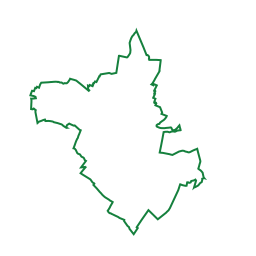 Bradu, Arges, Romania, rotated 321°
{"feature_id": "2599482B70159888613822", "entity_name": "Bradu", "entity_type": "district", "adm_level": 2, "iso_a3": "ROU", "parent_name": "Romania", "parent_adm1": "Arges", "projection": "natural_earth1", "projection_center": [24.915, 44.792], "detail": "fine", "context": "isolated", "style": "outline", "palette": "green", "viewbox_px": 256, "rotation_deg": 321, "n_neighbors": 0, "source": "geoboundaries", "source_scale": "gbopen_adm2", "svg_char_len": 5642}
<svg xmlns="http://www.w3.org/2000/svg" viewBox="0 0 256 256"><g transform="rotate(321 128 128)"><path d="M155.7,214.9L155.7,214.0L157.9,209.6L157.8,207.1L157.6,206.2L157.3,205.2L157.0,204.0L157.0,203.9L159.5,202.2L161.1,201.0L162.5,200.1L163.3,199.4L163.5,199.0L163.7,198.7L167.0,191.3L168.7,187.7L167.2,187.3L166.5,187.0L166.4,187.0L166.0,186.9L165.3,186.7L165.1,186.6L163.3,186.2L161.3,185.8L160.2,185.4L159.5,184.8L159.0,183.9L158.1,182.8L157.5,181.9L157.4,181.6L157.1,181.0L156.4,180.2L156.0,179.9L155.5,179.6L152.8,178.4L145.6,176.9L144.7,175.8L143.8,174.5L139.7,169.6L138.7,168.5L138.5,168.4L138.0,167.9L137.2,167.0L142.9,162.3L148.6,157.5L150.2,156.1L152.0,154.6L153.1,153.6L154.6,154.4L155.4,155.1L155.8,155.3L156.3,155.7L156.8,156.4L157.2,157.0L157.7,157.6L158.8,157.9L159.6,158.2L160.3,158.6L161.0,159.2L161.3,159.5L161.6,159.7L161.8,159.9L161.9,160.2L162.2,160.4L162.6,160.6L164.5,161.0L164.9,161.2L165.4,161.4L165.8,161.8L166.6,162.2L167.2,162.7L167.5,162.8L167.8,162.3L168.3,161.2L168.7,160.1L169.2,159.2L169.6,158.3L167.9,158.6L167.3,158.8L166.0,159.0L163.8,159.1L163.0,158.9L161.3,158.0L161.5,156.2L161.7,155.5L161.8,155.1L161.7,154.6L161.5,154.4L159.8,153.4L159.1,152.9L157.6,151.9L156.9,151.5L156.3,151.1L156.0,150.9L154.1,149.3L153.6,148.8L152.9,148.0L152.4,147.2L151.4,145.3L151.3,144.9L151.4,144.5L151.7,144.1L152.1,143.8L152.7,143.8L152.9,143.8L153.7,143.9L154.0,144.0L154.6,144.4L154.9,144.5L155.2,144.5L156.0,144.1L156.3,144.0L156.5,144.0L158.3,144.1L158.8,144.1L160.7,144.3L162.0,144.2L163.1,144.0L164.3,143.7L165.3,143.3L165.7,143.0L164.3,140.6L162.9,138.1L164.3,137.4L166.0,132.0L163.6,127.6L165.2,126.8L164.6,125.7L165.5,125.6L165.3,124.9L164.8,124.3L167.7,122.5L167.1,121.4L167.1,121.2L166.6,120.4L166.9,120.2L169.7,118.9L169.6,118.6L170.7,118.1L170.4,117.5L172.1,116.7L171.8,116.1L172.3,115.9L172.0,115.4L175.7,113.7L176.1,113.5L177.2,113.0L176.5,111.6L176.1,110.9L175.7,110.2L174.6,110.8L174.1,109.7L173.7,108.9L174.7,108.8L175.2,108.7L176.1,108.4L179.2,107.2L179.5,107.0L181.6,106.2L187.7,103.9L188.2,103.7L188.5,103.5L188.5,103.4L188.3,103.4L195.9,96.1L196.1,95.8L192.9,92.9L186.8,87.9L187.5,88.1L187.9,87.6L187.8,87.4L188.0,87.2L188.8,86.5L189.1,86.0L189.3,85.5L189.3,84.8L189.3,84.3L189.2,84.1L189.1,83.6L188.7,83.4L188.3,83.0L190.8,75.0L195.8,57.7L195.0,58.3L192.5,58.6L191.2,59.1L189.0,59.4L187.1,60.2L184.9,61.5L182.8,62.9L179.0,69.0L177.0,71.0L175.7,71.6L172.3,72.6L171.6,72.5L166.6,66.3L166.4,66.2L165.4,67.1L153.6,77.8L149.3,75.6L148.0,73.4L140.5,69.1L138.5,70.0L138.3,69.7L132.4,72.4L131.7,71.1L129.9,71.8L129.5,71.3L127.5,72.2L127.8,72.7L126.8,73.2L125.7,71.2L125.4,70.6L125.1,70.8L124.7,70.7L124.3,71.0L123.6,69.8L122.4,71.5L121.6,72.6L121.4,73.0L121.6,74.3L120.9,74.4L120.0,69.8L119.1,65.3L118.4,62.0L118.3,61.8L118.0,60.2L117.6,58.5L116.2,56.4L115.4,55.3L114.1,53.5L114.0,53.3L112.9,53.8L110.9,54.4L110.3,54.6L108.7,54.7L108.4,54.6L107.9,54.2L107.3,53.6L106.9,53.2L106.5,53.1L105.9,53.0L105.7,52.9L105.5,52.6L105.3,52.0L105.2,51.5L105.0,50.9L103.6,49.7L103.2,48.6L102.4,48.1L102.4,47.9L100.9,46.5L99.4,45.4L98.2,44.6L96.8,43.6L95.1,42.5L89.1,38.2L87.3,38.8L86.8,39.1L84.2,40.7L83.2,38.7L81.8,39.3L81.2,38.4L78.1,40.2L76.9,38.7L75.7,39.4L75.4,39.5L74.4,40.2L74.2,40.2L72.7,41.2L73.5,42.2L74.4,43.3L74.9,44.0L75.3,44.7L75.7,45.6L75.1,46.9L74.0,46.2L73.5,45.9L71.3,44.4L71.2,44.3L71.1,44.5L70.2,46.0L69.4,46.9L69.0,47.4L68.6,47.8L67.1,49.5L64.6,52.3L65.1,52.9L65.7,53.5L66.1,53.5L66.5,53.4L66.8,53.4L67.0,53.5L67.1,54.0L67.0,54.3L67.3,54.9L67.3,55.1L67.2,55.5L67.5,56.1L66.9,56.5L66.2,57.2L66.0,57.5L60.8,67.2L61.2,67.2L61.3,67.1L61.5,67.1L61.9,67.1L62.1,67.0L62.4,67.0L62.7,67.0L62.9,67.1L63.1,67.1L63.7,67.4L64.6,67.7L65.1,67.9L65.8,68.1L66.5,68.3L67.2,68.5L67.9,68.8L68.2,68.9L68.8,69.2L68.5,70.1L68.2,70.5L68.4,70.8L70.6,72.4L72.0,73.8L73.4,75.4L73.8,76.1L74.0,76.6L74.0,76.8L76.4,79.9L77.8,82.1L78.6,83.3L78.9,84.1L79.0,85.0L79.1,85.7L80.1,88.7L80.2,89.1L80.5,89.3L80.3,88.8L82.1,87.5L82.4,87.4L82.9,87.4L83.9,87.5L85.1,87.6L85.5,88.5L87.2,91.9L87.8,92.4L88.2,92.5L88.5,94.2L88.6,95.1L88.8,96.3L89.2,98.9L89.8,100.0L86.3,102.0L84.5,102.9L82.8,104.1L82.3,104.3L81.5,104.5L81.0,104.8L80.1,105.2L79.0,105.8L77.2,106.9L76.1,107.6L75.1,108.2L74.1,108.8L72.9,109.5L73.3,110.0L73.5,110.4L73.6,110.7L73.6,111.6L73.6,112.3L72.8,115.5L72.9,116.0L72.9,116.3L73.5,117.4L74.0,118.2L74.0,118.7L73.8,120.9L74.1,121.7L74.6,122.6L74.8,123.3L74.7,124.0L74.2,125.8L74.3,126.2L74.6,127.1L66.8,129.1L68.5,130.2L68.4,130.2L69.3,130.8L69.7,131.2L70.1,131.8L66.3,132.5L62.7,133.3L63.4,135.6L65.4,141.3L66.4,144.2L66.4,144.9L66.2,147.5L66.5,149.1L66.8,149.4L66.8,150.1L65.3,150.5L65.7,155.3L65.8,159.8L66.0,161.8L66.0,163.7L66.1,164.4L66.3,165.9L66.6,167.4L68.1,171.7L68.3,172.7L68.3,172.9L68.5,173.3L69.5,175.9L69.0,176.2L65.3,177.6L64.9,177.8L63.9,178.3L62.0,179.0L60.1,179.6L60.1,179.9L60.1,180.3L59.9,180.9L59.9,181.2L60.0,182.0L60.2,182.7L60.6,183.1L60.9,183.4L61.0,184.0L64.5,191.3L64.7,192.4L67.3,197.1L66.4,197.9L66.0,203.8L66.4,205.6L65.7,207.4L65.6,214.1L72.6,211.9L72.3,210.6L81.0,207.9L92.2,204.7L93.7,217.7L104.5,217.8L105.5,217.6L107.6,217.5L110.2,216.6L127.8,208.0L128.0,207.9L133.1,204.6L133.3,204.8L134.1,206.3L134.9,207.4L135.0,207.5L135.7,208.4L136.5,209.3L137.2,209.7L137.9,209.1L138.5,208.6L139.8,207.5L140.6,208.1L140.9,209.0L141.6,209.4L141.8,209.5L142.5,209.7L143.8,209.0L145.6,209.9L146.0,210.1L147.2,210.4L147.9,210.5L147.8,211.7L141.9,215.8L142.0,215.8L142.9,216.2L146.0,216.8L147.2,216.7L148.9,216.3L149.3,216.2L150.3,216.3L151.3,216.4L152.7,215.3L153.1,215.0L153.7,214.2L154.0,214.4L154.8,214.5L155.3,214.6L155.5,214.6L155.7,214.9Z" fill="none" stroke="#15803d" stroke-width="2"/></g></svg>